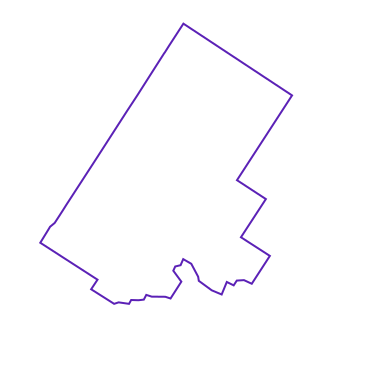 Oneida, Idaho, United States of America, rotated 123°
{"feature_id": "52423323B61185328632609", "entity_name": "Oneida", "entity_type": "district", "adm_level": 2, "iso_a3": "USA", "parent_name": "United States of America", "parent_adm1": "Idaho", "projection": "albers", "projection_center": [-112.403, 42.25], "detail": "fine", "context": "isolated", "style": "outline", "palette": "violet", "viewbox_px": 384, "rotation_deg": 123, "n_neighbors": 0, "source": "geoboundaries", "source_scale": "gbopen_adm2", "svg_char_len": 780}
<svg xmlns="http://www.w3.org/2000/svg" viewBox="0 0 384 384"><g transform="rotate(123 192 192)"><path d="M56.5,160.7L55.5,290.9L61.7,290.9L82.1,290.9L90.1,290.8L90.6,290.9L104.6,290.8L117.7,290.7L140.9,290.5L159.0,290.6L216.9,290.4L217.0,290.4L235.9,290.4L271.5,290.4L279.1,290.3L292.7,290.3L298.4,292.1L301.0,292.0L317.2,291.6L317.0,223.5L328.5,223.6L328.2,196.4L324.5,193.4L320.1,183.9L315.7,184.2L311.9,177.9L308.5,173.8L303.2,174.3L301.7,168.8L294.4,157.3L293.0,152.0L273.0,152.1L268.2,164.8L263.6,165.5L259.6,161.7L253.1,162.8L252.6,153.5L259.7,140.7L262.8,137.9L263.7,121.9L261.8,111.3L248.5,113.8L247.6,106.2L241.9,106.2L237.6,100.4L236.4,91.9L226.1,91.9L203.2,91.9L203.3,126.3L157.7,126.2L157.6,160.7L56.5,160.7Z" fill="none" stroke="#5b21b6" stroke-width="2"/></g></svg>